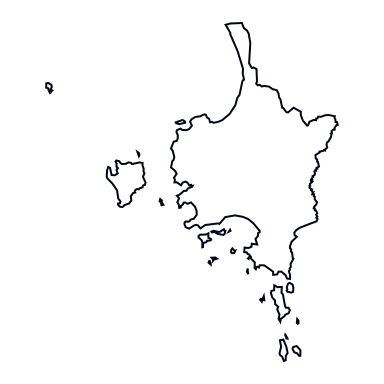 Sattahip, Chon Buri, Thailand (Mercator projection)
{"feature_id": "78962969B45333129363776", "entity_name": "Sattahip", "entity_type": "district", "adm_level": 2, "iso_a3": "THA", "parent_name": "Thailand", "parent_adm1": "Chon Buri", "projection": "mercator", "projection_center": [100.926, 12.687], "detail": "fine", "context": "isolated", "style": "outline", "palette": "ink", "viewbox_px": 384, "rotation_deg": 0, "n_neighbors": 0, "source": "geoboundaries", "source_scale": "gbopen_adm2", "svg_char_len": 6086}
<svg xmlns="http://www.w3.org/2000/svg" viewBox="0 0 384 384"><path d="M334.8,116.2L328.5,115.0L325.0,115.3L321.0,116.8L318.3,116.6L317.5,118.3L316.2,118.5L316.1,120.2L313.8,119.9L309.4,121.8L308.1,125.3L307.1,125.6L302.8,120.5L300.8,115.0L300.8,111.8L293.6,107.7L288.0,112.4L286.4,112.2L283.3,108.0L282.2,107.7L280.4,99.2L279.1,97.5L278.5,93.4L276.8,90.2L272.5,89.1L269.0,86.6L264.0,85.9L261.8,86.5L259.8,84.9L257.7,85.3L256.2,83.7L257.0,81.5L256.5,69.1L253.6,67.5L251.8,68.0L249.1,63.3L250.3,43.0L248.7,33.6L246.9,30.4L243.9,28.1L241.9,23.0L230.4,23.5L225.6,24.8L230.3,32.8L230.2,34.1L237.7,51.4L243.0,68.8L242.7,73.2L244.0,79.7L242.7,80.5L242.2,82.1L239.5,94.9L237.3,97.8L235.4,105.1L229.6,114.0L222.0,120.3L218.7,121.6L213.8,122.8L211.6,121.9L210.1,122.3L209.1,118.8L206.9,117.4L205.9,114.7L204.2,114.4L200.0,116.3L195.2,117.0L191.4,119.4L190.1,121.8L191.9,125.7L189.1,129.1L186.4,130.1L182.3,130.0L180.3,128.6L177.0,130.2L176.4,131.8L177.8,135.3L177.7,138.7L176.6,140.9L173.7,141.7L171.0,148.5L172.7,150.7L174.3,157.1L173.6,159.9L172.3,161.2L171.0,167.4L175.3,171.1L176.6,173.9L174.0,177.7L174.9,179.7L174.5,182.4L176.6,182.2L181.0,185.3L182.7,182.5L185.7,181.6L187.7,182.9L189.2,185.4L191.2,184.9L191.6,186.2L192.7,185.9L192.3,186.7L187.9,188.4L186.4,190.8L183.9,190.9L179.5,194.7L176.9,195.7L179.1,198.2L177.3,202.3L178.8,204.7L179.2,207.9L180.8,207.5L181.0,205.9L182.8,204.5L183.6,202.7L185.2,202.5L187.5,203.8L191.0,202.4L194.9,206.6L196.6,210.7L196.7,214.8L193.9,218.7L190.4,219.7L189.7,221.1L188.1,221.8L186.2,221.3L184.7,222.3L184.4,223.9L185.7,227.2L189.1,228.6L194.3,225.3L196.5,224.9L198.0,225.4L200.4,228.4L205.3,225.0L218.3,223.4L219.3,224.0L225.3,217.1L235.0,215.4L242.8,216.8L248.3,219.1L253.3,223.2L259.8,231.0L259.6,232.2L258.0,233.2L258.0,235.8L255.5,239.0L257.2,244.5L251.8,243.7L251.4,246.8L248.5,248.0L244.6,247.6L244.2,252.2L246.6,252.3L247.8,254.1L249.1,254.5L251.0,257.1L250.7,258.3L254.8,262.4L254.6,268.0L255.8,269.2L256.6,267.0L258.0,266.7L258.9,267.5L260.0,265.2L264.4,265.4L273.1,271.7L273.2,274.9L277.2,274.4L278.4,271.7L281.3,271.6L285.5,275.1L287.0,278.5L290.0,279.0L290.1,275.2L288.9,271.3L289.9,269.7L289.6,268.5L290.9,266.8L290.5,264.0L293.5,258.6L292.7,257.9L292.1,252.6L290.9,251.4L291.2,249.3L290.1,248.5L290.0,246.2L291.6,241.7L296.8,236.8L294.5,235.0L294.4,232.5L296.3,230.1L300.3,227.5L316.5,221.3L317.5,219.1L316.3,217.7L317.4,216.6L316.1,214.7L317.2,213.2L315.9,210.4L314.8,210.3L314.8,208.5L313.7,208.3L314.2,206.6L316.4,204.4L316.9,202.1L314.8,199.4L314.7,196.6L313.8,196.0L314.1,194.4L312.3,194.3L313.2,192.4L312.6,192.6L311.7,190.7L312.0,189.8L311.0,189.9L311.2,188.8L309.5,187.6L309.5,185.9L310.2,185.7L309.9,184.0L312.6,181.4L312.0,180.5L311.0,180.9L310.9,179.6L312.3,179.3L312.0,178.0L313.1,177.0L312.6,176.2L314.5,175.1L315.0,173.2L314.3,171.5L315.2,170.3L316.1,170.6L316.3,168.4L317.3,168.5L317.2,167.5L319.0,166.5L317.9,161.9L317.2,161.7L317.2,159.4L315.7,158.5L315.5,155.0L319.6,152.5L319.5,151.6L322.9,151.0L323.8,150.0L325.0,150.5L325.1,149.4L327.2,147.5L326.5,144.4L327.1,142.3L328.2,141.7L330.8,137.5L331.5,134.3L330.9,133.5L331.9,133.0L331.6,131.1L333.2,129.6L334.6,129.7L334.7,127.6L336.5,125.1L337.8,124.8L336.9,122.0L335.6,122.0L335.3,119.2L334.4,117.9L334.8,116.2ZM119.1,161.2L116.4,160.5L115.5,161.7L116.6,163.5L116.5,166.7L118.0,168.2L116.5,169.9L117.7,173.4L114.8,175.3L111.6,175.0L110.0,167.8L108.2,166.9L107.1,170.3L106.7,176.5L107.4,178.4L112.4,183.5L117.0,190.3L118.3,198.6L120.5,201.5L120.0,203.2L118.0,203.5L118.0,204.7L120.1,206.8L122.6,207.0L124.5,205.1L128.9,203.6L131.4,200.5L130.7,196.3L133.1,193.0L135.2,192.5L134.7,191.3L135.3,190.0L136.9,189.1L138.7,189.3L139.6,188.3L142.5,187.4L143.0,185.5L145.1,184.7L145.5,182.4L142.9,176.8L144.5,173.3L143.5,171.4L143.7,168.7L142.5,165.5L142.6,163.0L139.5,162.4L132.1,164.1L130.9,162.8L128.3,162.4L126.0,163.8L122.3,164.0L120.8,163.4L119.1,161.2ZM277.6,287.2L274.3,285.3L274.1,290.2L271.4,291.0L270.9,292.9L272.3,297.5L275.0,300.5L275.2,304.2L278.2,306.7L277.2,309.4L279.5,314.7L278.6,319.0L280.3,321.7L280.7,318.9L284.3,316.4L285.4,314.6L288.5,313.3L289.9,310.2L288.5,307.8L285.9,307.7L285.0,305.9L282.9,294.4L281.5,292.8L281.8,286.9L277.6,287.2ZM283.3,339.6L279.9,340.3L281.1,346.7L279.5,353.5L280.2,355.2L282.1,356.6L283.9,361.0L285.7,360.2L285.8,355.9L287.6,352.9L286.3,346.6L283.3,339.6ZM208.4,237.8L208.4,233.3L206.3,234.5L200.1,234.7L198.6,235.9L198.6,237.6L201.5,240.1L202.4,242.1L202.3,247.3L203.0,247.1L203.2,243.0L206.4,242.2L207.1,240.7L210.1,240.6L211.2,239.7L210.9,238.9L208.4,237.8ZM300.4,350.1L296.7,346.1L293.6,346.8L292.7,347.7L292.6,349.2L294.3,352.3L297.3,353.4L298.9,355.7L300.3,355.8L300.4,350.1ZM292.6,284.6L289.5,282.8L287.9,283.9L286.8,287.5L287.4,289.5L286.7,290.6L287.4,291.7L291.4,292.6L293.1,291.9L293.4,287.7L292.6,284.6ZM50.9,89.4L51.8,86.8L51.4,84.9L48.1,82.9L46.3,83.4L46.2,87.7L48.6,88.5L48.7,90.2L50.3,91.7L52.3,90.6L50.9,89.4ZM224.6,231.0L223.9,229.2L219.4,232.1L213.6,230.8L211.4,231.6L211.9,232.4L214.6,232.0L217.8,234.0L223.4,234.9L224.6,234.0L225.3,230.9L224.6,231.0ZM185.1,122.7L184.8,121.4L182.5,120.0L175.7,122.4L176.2,123.3L179.5,124.1L185.1,122.7ZM234.5,250.8L232.4,248.4L231.3,249.9L231.0,252.1L231.7,253.1L234.1,253.1L235.4,250.6L234.5,250.8ZM161.8,202.3L161.9,200.6L160.2,199.1L159.6,201.3L161.0,202.6L161.7,206.1L161.8,205.1L163.3,204.9L161.8,202.3ZM264.3,300.2L263.8,296.2L262.6,299.1L260.9,298.8L260.1,299.7L261.8,301.7L262.4,299.8L264.3,300.2ZM215.3,257.5L211.6,257.7L213.2,259.5L213.1,260.7L214.4,259.4L217.0,258.7L215.3,257.5ZM297.7,323.8L298.6,322.9L298.4,320.6L297.2,319.1L296.8,322.9L297.7,323.8ZM210.7,264.5L210.6,262.5L209.6,261.5L209.6,260.1L208.5,262.6L210.7,264.5ZM248.4,274.2L247.9,272.3L247.7,268.5L246.9,271.7L248.4,274.2ZM139.4,154.9L138.7,152.8L137.4,151.9L138.9,156.1L139.4,154.9ZM287.5,338.6L287.0,337.2L286.0,336.7L286.4,338.5L287.5,338.6ZM228.8,231.7L230.5,230.8L230.0,229.7L228.8,231.7ZM285.9,336.3L286.1,335.5L285.4,334.7L285.3,335.7L285.9,336.3ZM247.9,258.5L248.5,258.9L248.7,257.6L247.9,258.5ZM50.4,92.7L49.6,92.2L50.0,93.0L50.4,92.7Z" fill="none" stroke="#020617" stroke-width="2"/></svg>